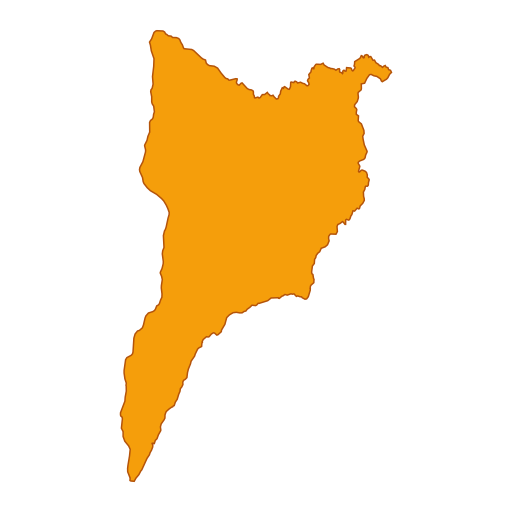 Nariño, Antioquia, Colombia
{"feature_id": "7082276B90486615303500", "entity_name": "Nariño", "entity_type": "district", "adm_level": 2, "iso_a3": "COL", "parent_name": "Colombia", "parent_adm1": "Antioquia", "projection": "equal_earth", "projection_center": [-75.143, 5.553], "detail": "fine", "context": "isolated", "style": "filled", "palette": "amber", "viewbox_px": 512, "rotation_deg": 0, "n_neighbors": 0, "source": "geoboundaries", "source_scale": "gbopen_adm2", "svg_char_len": 5911}
<svg xmlns="http://www.w3.org/2000/svg" viewBox="0 0 512 512"><path d="M126.0,385.4L126.2,386.2L126.3,391.1L125.2,397.1L124.9,401.2L120.5,412.8L120.5,415.0L120.8,416.0L122.1,417.2L122.4,418.8L121.4,428.2L123.1,431.6L123.1,436.5L124.8,441.2L128.7,446.0L130.2,449.3L129.5,456.1L128.0,465.1L127.6,468.5L127.7,471.8L130.1,478.0L130.0,480.5L130.9,481.0L134.2,481.3L135.9,478.2L138.9,474.6L140.7,471.1L141.8,469.8L147.0,458.4L149.4,454.8L150.1,452.6L151.5,450.2L152.7,447.0L152.8,445.3L152.1,443.4L153.1,443.1L153.8,443.7L154.3,443.6L155.3,440.4L157.0,438.7L158.4,434.8L160.7,430.7L160.8,429.9L160.4,426.9L161.2,423.9L164.0,419.9L164.9,418.1L165.0,414.9L165.9,412.2L166.6,411.2L169.2,408.9L171.7,407.1L172.6,406.9L173.4,405.8L174.2,405.6L175.3,402.2L177.2,399.3L178.8,394.0L179.9,391.6L180.4,388.6L181.6,387.2L182.9,384.6L182.8,382.2L183.1,381.2L184.1,379.9L185.2,379.4L186.9,377.6L187.5,372.6L188.4,369.0L190.5,363.8L191.1,361.2L194.6,356.1L195.2,354.1L197.6,349.1L198.7,348.0L201.6,346.5L201.9,343.2L202.4,342.3L202.1,341.9L203.2,339.5L206.5,336.7L208.1,337.0L209.1,336.7L211.4,334.0L213.4,332.8L214.6,333.1L216.8,335.1L218.0,334.7L221.3,331.7L221.5,330.1L224.9,324.3L226.7,317.6L229.5,314.8L233.1,312.7L236.3,312.3L239.8,312.9L242.2,312.8L244.0,311.5L245.9,311.0L247.1,309.3L249.9,307.3L252.0,305.2L255.6,305.6L256.8,304.9L258.1,303.3L259.0,303.4L267.7,300.7L271.1,298.0L278.2,297.7L278.4,298.2L279.3,298.4L281.9,296.2L283.1,295.8L284.9,294.5L287.3,295.1L291.0,293.8L292.3,294.2L294.0,293.9L296.4,296.4L297.7,295.9L300.2,296.8L301.5,296.8L302.2,297.7L305.0,299.2L306.6,298.9L308.3,296.7L310.2,290.4L310.3,288.6L310.1,288.5L310.5,286.0L311.2,285.0L313.8,282.7L314.0,279.4L313.5,278.2L312.9,274.5L312.0,273.8L311.7,272.9L311.7,271.3L312.4,266.0L314.3,263.5L314.6,259.3L315.7,257.7L316.2,255.4L317.9,253.1L319.7,251.7L321.2,248.3L325.2,246.8L327.5,244.8L329.1,240.9L328.6,238.4L328.7,236.3L330.0,234.4L330.6,234.0L336.0,234.2L337.4,231.5L337.0,226.5L337.8,224.5L340.0,223.5L342.5,221.6L343.3,222.2L345.0,224.4L345.6,224.4L345.7,219.9L346.5,219.3L348.5,220.1L349.3,219.8L350.0,218.6L350.9,215.9L351.8,214.7L353.0,210.8L354.6,211.1L357.1,208.2L358.7,208.9L359.4,208.6L360.2,205.9L362.7,203.4L364.3,200.4L364.2,198.6L363.6,196.3L363.4,192.1L364.8,189.4L365.3,186.7L365.7,186.2L367.5,186.2L368.3,185.1L368.5,182.5L369.2,179.8L368.7,178.8L367.2,177.2L367.3,174.9L366.5,172.5L365.3,171.3L362.5,170.1L361.3,170.2L359.5,172.0L358.8,171.9L358.5,171.3L359.8,166.5L359.6,165.7L358.2,163.4L358.2,162.4L359.6,161.0L363.5,159.5L364.5,158.7L365.1,157.7L365.7,154.9L366.9,152.4L367.1,151.3L364.3,144.9L363.1,139.2L362.7,136.2L364.1,133.5L363.9,130.4L361.4,123.9L358.9,121.9L358.2,120.9L358.5,115.9L356.3,114.3L356.3,112.2L356.8,109.7L356.3,108.5L354.5,106.8L354.6,104.8L357.2,101.6L358.2,98.5L358.4,97.1L358.0,93.7L358.2,92.4L361.1,89.9L361.4,88.5L361.3,83.9L364.6,83.2L366.8,78.5L369.5,74.7L371.1,74.4L373.9,75.8L376.8,76.4L380.4,78.8L381.4,81.0L382.3,81.7L386.5,79.2L387.8,77.8L389.6,74.3L391.5,72.4L390.5,70.3L388.6,69.6L387.9,67.6L386.1,67.1L385.2,65.5L383.7,66.2L382.5,67.4L380.6,65.7L379.4,65.6L378.6,64.4L375.9,62.7L374.5,60.1L373.0,60.3L370.8,56.6L369.9,56.5L368.8,57.3L368.1,55.3L366.8,54.6L365.0,55.1L364.1,56.3L364.3,57.3L363.8,57.9L363.1,57.6L361.9,55.7L361.3,55.6L360.3,57.8L359.5,58.6L354.7,61.6L354.5,64.3L354.0,66.0L354.9,67.0L355.1,67.8L353.3,70.6L352.7,70.9L352.1,70.5L351.3,68.5L350.7,68.0L346.6,67.6L346.1,71.0L345.2,71.2L344.0,70.2L343.2,70.6L342.8,71.3L342.8,73.0L342.5,73.6L341.2,72.5L339.8,72.1L339.5,71.3L339.7,69.5L339.2,68.7L337.9,68.9L335.9,70.2L334.3,69.1L331.7,68.5L330.6,68.6L329.9,68.0L328.1,67.6L324.1,65.0L323.1,63.2L320.7,64.4L316.4,64.2L315.8,64.5L314.2,66.7L313.8,68.7L313.4,68.7L312.9,67.8L311.9,68.2L311.1,70.7L311.0,71.8L308.8,74.5L309.4,78.0L308.0,79.3L307.5,80.8L308.7,82.8L309.1,84.3L307.9,85.7L307.0,85.8L304.4,83.7L302.9,83.4L300.5,82.2L297.6,83.0L296.6,81.8L295.2,81.2L294.5,81.4L293.8,82.6L291.1,82.0L290.7,82.5L290.5,86.7L289.3,89.3L288.3,89.2L284.6,86.6L284.0,86.9L283.5,88.3L282.3,87.7L280.7,91.1L280.3,93.8L278.6,96.3L278.5,97.7L277.9,98.7L276.3,99.0L274.1,96.8L273.0,95.2L271.8,95.8L269.9,95.5L269.5,94.7L268.4,94.0L267.3,92.4L264.7,94.5L262.3,94.6L260.3,97.4L259.6,97.9L258.8,97.9L257.9,97.1L255.0,98.0L254.5,97.7L254.3,96.1L253.4,94.3L253.4,91.8L253.0,90.8L251.4,89.9L249.0,89.5L247.2,88.5L242.1,82.9L241.1,83.2L239.2,85.2L238.0,84.8L237.1,83.9L236.7,83.5L236.4,82.2L237.2,79.7L237.1,78.8L235.7,78.7L229.5,80.2L228.7,80.0L227.8,78.9L225.9,78.4L224.8,77.5L221.1,73.1L217.6,68.1L214.2,66.2L209.3,65.6L207.5,64.5L206.2,63.0L205.5,60.0L203.1,59.1L201.3,57.8L193.6,50.5L191.7,49.5L184.1,48.7L183.5,47.9L182.4,44.9L180.8,42.3L179.8,39.8L178.7,38.5L176.4,37.6L172.6,37.5L171.1,36.1L168.3,35.8L166.6,34.3L165.7,34.0L164.6,32.0L163.0,31.0L156.9,30.7L155.6,31.1L154.0,32.5L151.6,38.9L149.5,42.1L150.4,45.1L151.3,50.8L154.0,58.7L153.7,66.4L152.5,76.6L153.1,84.1L152.1,88.4L151.0,89.8L150.7,91.7L151.7,96.7L151.7,101.9L152.2,103.8L153.7,106.2L154.4,111.8L153.6,114.3L153.2,117.4L152.4,119.0L150.5,120.5L149.6,122.4L149.7,132.1L147.9,136.4L147.0,140.4L144.8,144.8L144.6,145.7L145.6,149.9L145.5,152.0L142.9,161.7L139.9,167.4L139.5,169.6L139.8,171.5L142.5,177.5L143.2,181.7L144.0,183.6L147.2,187.7L150.4,190.7L156.7,194.4L161.6,198.6L163.8,201.0L166.3,205.2L167.8,208.5L169.2,212.4L169.1,214.6L168.1,218.0L166.1,227.3L165.3,229.6L164.5,230.9L163.4,235.6L164.0,247.5L162.7,250.8L162.3,253.9L163.3,261.5L163.2,263.8L162.0,268.6L160.3,272.3L160.3,273.2L161.6,276.3L162.3,279.6L161.4,285.6L161.3,288.0L162.0,293.9L161.9,297.2L160.6,300.0L159.4,303.6L158.5,304.9L156.7,305.9L155.4,309.2L154.5,310.5L152.8,311.6L148.4,313.0L145.9,315.9L145.1,317.9L143.5,324.8L142.4,327.8L139.4,330.4L137.5,331.0L135.1,334.0L133.9,338.1L133.0,352.1L132.5,353.8L131.4,355.2L126.9,357.6L125.6,359.7L124.1,370.4L124.1,373.1L124.9,378.8L126.3,383.1L126.0,385.4Z" fill="#f59e0b" stroke="#b45309" stroke-width="1.5"/></svg>